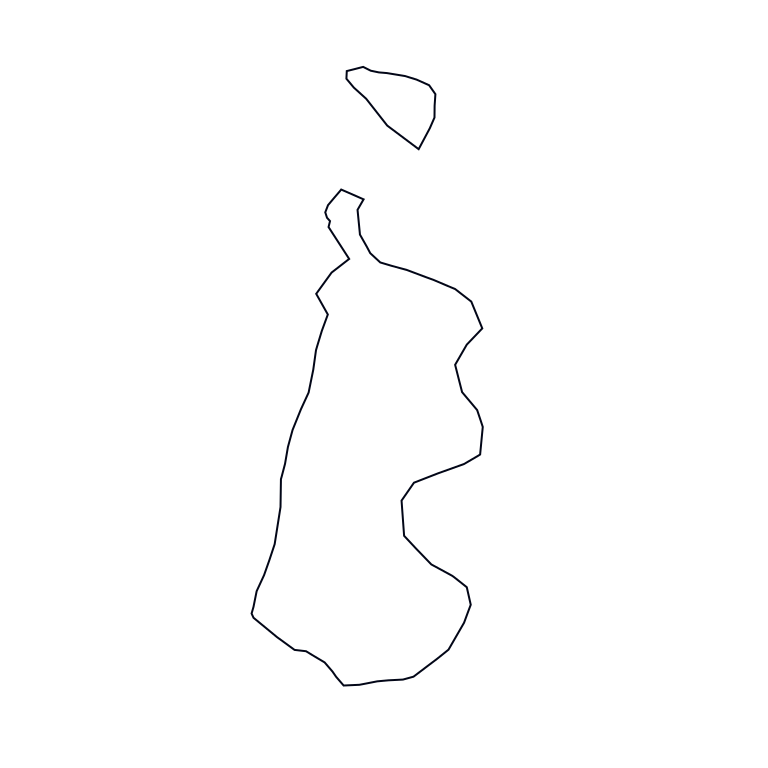 the district of Patani, Delta, Nigeria, rotated 300°
{"feature_id": "59680162B21067903036313", "entity_name": "Patani", "entity_type": "district", "adm_level": 2, "iso_a3": "NGA", "parent_name": "Nigeria", "parent_adm1": "Delta", "projection": "natural_earth1", "projection_center": [6.134, 5.186], "detail": "fine", "context": "isolated", "style": "outline", "palette": "ink", "viewbox_px": 768, "rotation_deg": 300, "n_neighbors": 0, "source": "geoboundaries", "source_scale": "gbopen_adm2", "svg_char_len": 1535}
<svg xmlns="http://www.w3.org/2000/svg" viewBox="0 0 768 768"><g transform="rotate(300 384 384)"><path d="M102.7,499.8L108.2,508.4L111.2,513.1L116.3,519.0L123.1,526.8L129.6,536.0L137.5,548.2L145.3,555.9L161.7,562.8L172.3,567.3L183.6,571.7L186.2,572.7L217.3,572.7L228.9,570.7L236.2,569.5L249.4,557.3L251.8,541.0L252.0,539.0L251.4,515.2L257.5,494.0L262.6,477.3L291.8,457.5L313.5,459.3L333.7,475.5L354.7,493.3L368.9,501.4L371.0,502.5L396.2,491.0L400.6,486.1L408.0,477.7L416.0,455.7L425.2,446.7L436.2,436.0L459.5,436.0L468.9,438.3L481.3,441.3L499.0,418.4L501.8,398.1L500.8,390.5L498.9,374.7L498.8,374.2L497.4,366.3L494.2,346.9L490.2,331.7L487.4,320.0L490.4,306.7L494.4,300.3L501.4,288.4L501.9,288.1L521.6,274.0L533.7,274.0L533.1,268.5L531.0,249.7L529.0,249.4L521.0,247.9L510.9,246.1L503.3,247.3L499.5,251.5L498.1,255.8L492.2,257.5L485.5,270.6L474.9,291.3L464.1,286.9L454.3,282.9L443.7,281.8L428.2,280.2L416.1,300.6L398.9,303.6L383.4,307.2L379.3,308.2L361.0,315.6L338.9,323.0L320.5,324.7L298.5,327.8L281.4,332.3L265.4,338.2L252.2,341.8L250.1,342.3L225.7,355.9L190.6,369.4L174.1,372.8L158.5,375.7L140.9,377.3L125.8,382.4L119.0,384.1L116.3,387.9L111.3,417.9L109.0,439.5L113.6,450.1L113.4,457.3L113.3,464.6L113.2,471.8L109.2,483.2L106.5,488.9L102.7,499.8ZM648.2,207.4L642.3,201.4L636.4,195.3L629.6,198.8L625.6,209.7L622.1,226.0L609.4,257.6L604.7,296.6L628.4,295.8L640.0,294.5L650.3,288.7L660.7,283.6L665.3,273.7L663.9,260.0L661.2,248.2L654.7,231.0L651.3,223.8L648.7,215.9L648.2,207.4Z" fill="none" stroke="#020617" stroke-width="2"/></g></svg>